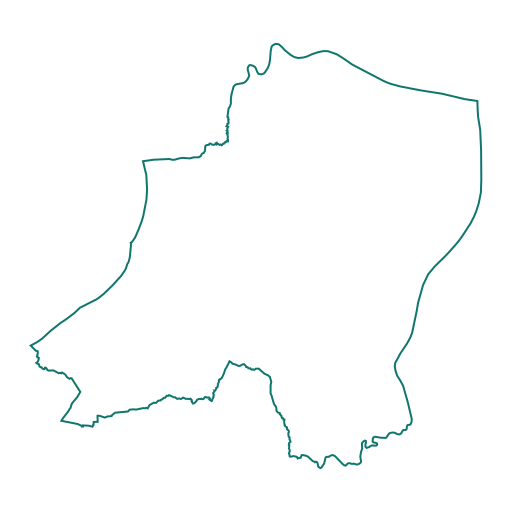 Phu Wiang, Khon Kaen, Thailand (Robinson projection)
{"feature_id": "78962969B4805162341011", "entity_name": "Phu Wiang", "entity_type": "district", "adm_level": 2, "iso_a3": "THA", "parent_name": "Thailand", "parent_adm1": "Khon Kaen", "projection": "robinson", "projection_center": [102.416, 16.673], "detail": "fine", "context": "isolated", "style": "outline", "palette": "teal", "viewbox_px": 512, "rotation_deg": 0, "n_neighbors": 0, "source": "geoboundaries", "source_scale": "gbopen_adm2", "svg_char_len": 5991}
<svg xmlns="http://www.w3.org/2000/svg" viewBox="0 0 512 512"><path d="M61.4,420.8L77.6,424.0L81.9,425.9L81.9,426.5L83.0,426.5L83.0,425.4L88.7,425.7L92.4,426.7L92.9,425.9L93.2,424.6L93.6,424.6L93.7,422.0L97.7,421.8L97.5,415.8L97.9,415.6L99.9,415.9L105.0,417.6L107.2,416.5L111.5,416.1L111.5,415.7L112.3,414.9L115.1,412.7L128.0,411.5L129.6,409.7L133.5,409.3L136.1,409.6L143.2,408.1L145.2,408.3L146.0,407.8L147.7,408.4L149.6,405.0L153.8,402.7L156.1,402.9L158.2,400.7L160.6,400.4L160.8,399.9L162.4,399.2L163.6,397.9L164.8,397.9L165.3,397.6L166.6,395.8L168.2,395.8L169.0,395.1L173.9,397.3L175.2,397.4L177.2,398.9L179.0,398.5L181.0,399.0L183.1,397.6L185.9,398.9L188.4,398.8L189.4,399.1L190.5,398.7L191.6,399.7L191.5,401.1L192.1,401.3L192.0,402.1L193.0,403.6L194.3,403.2L196.3,401.3L196.5,400.6L197.2,399.8L198.9,398.9L200.6,399.0L201.2,398.7L201.8,399.1L202.6,399.2L203.7,398.8L204.5,397.4L205.5,397.0L207.3,397.6L208.8,397.4L209.9,398.4L209.3,399.5L211.5,401.0L212.1,400.7L212.2,399.5L213.5,397.2L213.3,396.8L213.7,395.7L213.5,395.1L213.8,394.5L213.2,393.5L213.3,392.8L214.3,391.6L214.3,390.9L214.6,391.1L215.5,390.0L216.3,388.6L216.2,387.8L217.3,387.3L217.7,386.6L217.9,384.1L218.9,381.7L219.0,379.9L220.2,379.4L220.4,378.8L221.3,378.5L222.1,377.4L223.9,373.5L225.1,369.7L227.0,366.5L229.5,361.3L231.6,362.6L232.3,363.6L235.7,364.6L238.2,365.8L239.9,365.9L242.6,364.4L244.1,364.2L245.8,366.0L246.2,367.0L247.8,367.3L248.4,368.3L250.3,368.3L250.6,369.0L251.7,369.7L252.9,369.3L253.4,369.7L254.4,369.8L255.9,368.7L258.8,368.7L264.4,373.7L268.1,375.4L269.9,376.9L271.3,382.0L270.6,384.9L270.6,393.6L271.5,395.4L274.0,404.1L275.7,406.3L276.4,408.3L276.4,410.1L276.8,411.2L277.9,412.5L279.7,413.0L279.8,414.2L280.4,414.4L280.8,415.5L281.4,415.8L281.9,417.9L283.1,418.3L283.4,419.6L284.4,419.6L284.2,422.1L284.5,424.5L284.9,425.0L284.7,425.4L285.6,426.6L286.9,427.3L287.0,429.1L287.6,429.9L288.1,430.0L288.6,430.6L288.8,431.3L288.9,432.2L288.3,433.1L288.3,433.9L288.7,436.8L289.6,437.4L289.5,439.5L290.1,440.4L290.5,441.9L289.2,442.8L288.9,444.5L289.2,444.8L288.9,445.4L289.3,445.8L289.0,448.6L289.7,450.0L289.6,451.9L289.2,452.4L288.9,453.7L289.6,454.6L289.5,455.9L290.0,456.6L291.6,456.6L292.9,456.1L295.3,456.4L296.7,456.8L297.8,458.5L298.7,457.9L300.6,457.8L301.7,455.1L303.1,455.1L306.6,455.9L308.3,456.9L312.5,460.9L314.3,461.7L314.9,462.3L315.9,461.7L316.8,462.0L317.5,463.0L318.2,466.4L319.1,467.4L320.3,468.1L321.4,467.6L324.1,463.6L325.6,457.5L326.3,456.9L328.7,456.9L329.7,456.1L332.1,455.1L333.5,455.3L335.2,456.3L342.6,464.0L344.4,465.4L345.7,465.6L347.5,463.7L349.2,463.1L351.9,463.9L353.9,463.7L356.6,464.5L357.8,464.4L360.0,463.3L360.9,462.2L361.0,461.3L360.3,456.4L361.0,452.1L362.2,448.5L361.9,444.0L362.1,442.9L363.9,441.1L364.9,440.6L365.8,440.9L366.0,442.7L365.4,444.2L365.4,446.0L365.6,447.0L366.5,447.9L369.3,447.0L370.4,446.1L372.1,445.4L375.9,445.7L377.0,445.0L377.2,444.0L376.9,443.4L376.0,442.9L373.4,442.4L372.6,441.5L372.9,438.5L373.5,437.4L374.4,436.9L375.5,436.8L380.5,437.7L385.7,437.9L386.3,437.6L388.9,433.8L389.6,433.2L392.3,432.5L394.7,432.7L397.3,434.2L399.5,434.4L401.1,433.5L402.7,430.6L403.3,430.1L404.0,429.9L405.4,430.0L406.2,429.7L406.6,429.1L406.9,426.7L407.4,425.2L410.5,424.5L411.5,422.0L411.8,419.2L407.7,401.9L403.1,385.8L400.2,380.4L397.1,375.6L395.6,370.9L395.0,367.9L394.8,365.5L395.3,362.8L400.4,353.4L407.0,343.6L410.3,337.5L412.1,332.9L416.8,310.6L418.0,303.1L423.0,285.2L428.1,274.4L434.8,266.4L446.1,255.3L454.8,245.7L459.0,240.6L462.0,236.5L470.6,223.3L473.9,216.8L476.3,211.1L478.8,203.0L480.9,192.4L481.3,179.7L481.1,150.3L480.2,129.8L478.1,116.9L477.6,108.9L477.4,101.0L464.6,99.1L442.0,93.7L420.8,90.4L400.5,86.5L391.5,84.1L386.5,82.3L382.1,80.2L352.1,64.5L343.4,58.4L336.6,54.2L328.0,51.2L323.2,51.1L318.4,52.1L312.6,54.0L306.7,56.6L303.5,57.5L298.4,58.0L294.6,57.2L291.0,55.2L284.8,50.2L281.9,47.0L278.9,44.4L277.4,43.9L274.9,44.1L272.7,45.4L271.6,46.6L270.7,51.2L270.0,60.2L269.1,64.7L267.9,67.8L264.7,72.7L263.7,73.5L261.3,74.4L258.5,73.9L257.1,71.7L255.9,68.4L255.0,67.0L252.9,65.7L250.6,65.1L249.4,65.2L248.0,67.1L247.7,68.5L247.8,70.0L249.1,75.0L249.1,76.3L247.3,79.6L245.8,81.4L243.5,83.0L236.3,84.3L234.8,85.2L233.5,86.8L231.4,94.9L230.9,98.5L230.9,103.5L230.0,106.3L228.6,108.5L227.4,116.8L228.2,117.2L228.1,117.9L228.6,119.4L228.2,119.6L228.2,120.2L228.5,120.6L228.3,122.2L228.7,122.9L228.4,123.6L227.3,124.0L227.3,125.1L226.5,126.2L228.1,126.9L227.2,128.6L227.5,129.9L226.7,130.6L227.5,131.2L227.7,132.4L226.7,133.0L226.6,133.4L227.0,134.0L227.6,133.9L227.5,135.0L227.9,136.5L227.5,139.0L227.9,139.5L228.0,141.3L226.6,141.1L226.3,141.9L225.6,141.9L224.8,142.4L224.5,143.3L224.0,143.3L223.7,143.7L223.2,143.6L221.7,145.3L220.6,144.5L219.4,144.9L218.4,143.9L217.8,143.8L217.0,144.3L216.8,142.7L216.6,142.7L215.6,143.4L215.8,144.1L214.2,144.8L212.0,144.6L210.8,143.7L210.0,143.5L209.5,143.7L208.9,144.8L207.1,145.0L205.6,145.6L205.3,146.4L204.9,150.9L203.8,152.9L202.3,153.5L201.5,154.4L200.7,156.2L199.2,156.8L198.8,157.3L194.1,157.3L189.6,158.4L183.0,157.9L180.0,158.2L174.3,159.8L172.0,159.7L169.3,159.0L153.9,159.7L143.0,161.2L146.3,175.0L147.1,189.6L146.4,199.9L143.2,216.3L141.8,221.0L138.5,229.7L135.2,237.3L133.0,240.6L131.7,242.2L130.7,242.8L131.0,243.6L130.8,247.3L129.8,257.3L128.5,262.2L127.2,264.2L126.0,268.3L124.7,270.7L121.2,275.8L112.7,285.2L103.8,293.8L99.1,297.6L96.4,299.4L80.0,307.7L74.4,313.0L65.8,319.5L60.6,322.9L51.0,330.5L41.8,338.9L36.9,342.2L30.7,345.6L35.8,350.7L37.6,351.1L37.8,353.3L37.3,354.8L37.5,355.2L36.9,356.5L37.4,357.2L37.7,357.0L38.9,358.0L38.3,360.6L37.5,362.1L36.3,362.9L36.7,363.4L39.0,364.3L39.5,366.5L40.7,367.2L41.6,367.3L42.2,368.4L43.8,369.2L44.4,369.1L45.0,367.6L45.5,367.6L46.4,368.3L47.4,369.9L48.4,370.6L53.4,370.4L58.7,373.2L60.0,372.9L61.2,373.3L61.6,372.6L62.2,372.6L65.4,374.6L66.8,377.0L69.5,378.8L70.6,378.2L71.6,378.3L80.3,391.9L77.1,397.3L72.2,403.1L71.1,405.5L70.6,407.8L69.6,409.0L68.3,411.3L62.9,418.3L61.4,420.8Z" fill="none" stroke="#0f766e" stroke-width="2"/></svg>